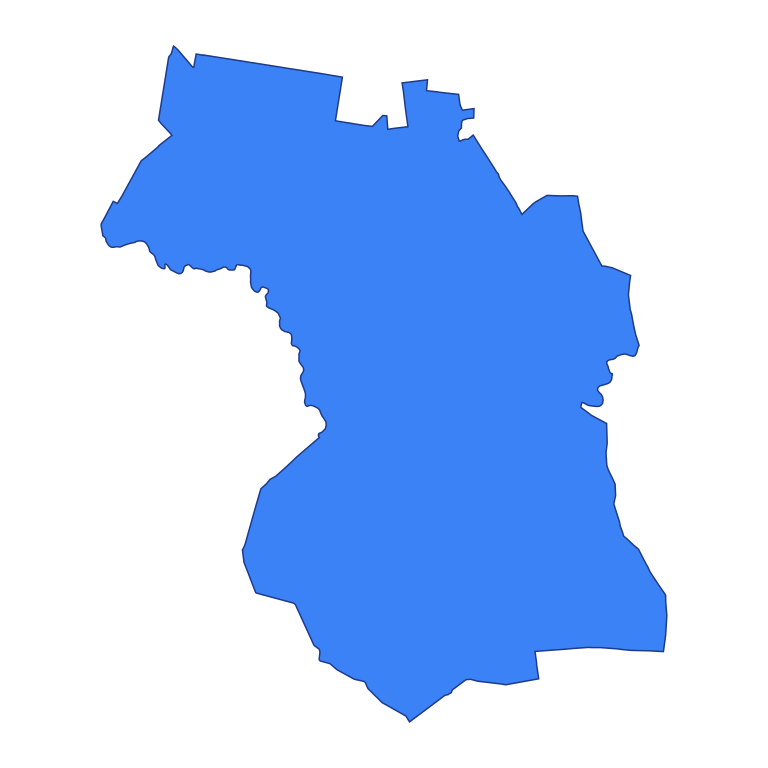 the district of Neretas pag., Neretas, Latvia
{"feature_id": "27541924B20446545182610", "entity_name": "Neretas pag.", "entity_type": "district", "adm_level": 2, "iso_a3": "LVA", "parent_name": "Latvia", "parent_adm1": "Neretas", "projection": "albers", "projection_center": [25.295, 56.219], "detail": "fine", "context": "isolated", "style": "filled", "palette": "blue", "viewbox_px": 768, "rotation_deg": 0, "n_neighbors": 0, "source": "geoboundaries", "source_scale": "gbopen_adm2", "svg_char_len": 6111}
<svg xmlns="http://www.w3.org/2000/svg" viewBox="0 0 768 768"><path d="M639.1,345.5L635.6,334.4L633.5,324.7L631.6,314.3L630.2,309.4L628.4,294.8L629.7,281.5L630.6,275.5L612.3,267.8L605.7,266.3L601.8,265.9L583.1,231.2L581.9,223.0L580.8,213.7L578.7,203.5L577.5,196.2L572.5,195.7L560.8,195.9L547.0,195.4L535.8,201.8L533.2,203.7L521.9,214.4L518.6,208.0L517.7,206.9L515.8,202.5L511.8,196.3L511.4,195.4L510.2,194.0L509.9,193.0L505.0,185.8L500.4,179.5L499.1,176.7L498.3,173.9L496.2,171.6L495.9,170.8L485.8,154.9L481.9,149.0L473.2,135.1L468.1,139.2L467.1,139.3L465.4,139.2L462.7,139.8L461.7,140.6L459.3,141.2L457.8,136.6L457.8,135.7L458.7,131.1L458.9,130.7L461.4,128.1L461.5,123.1L462.3,120.5L462.6,120.2L467.4,118.6L473.7,118.0L474.0,108.6L463.0,110.1L462.5,110.1L462.2,109.8L460.5,106.0L459.9,103.8L458.6,94.4L438.1,92.1L437.9,91.9L426.5,90.7L427.5,79.8L402.1,82.9L403.4,91.2L405.3,107.7L407.9,126.7L393.7,128.4L387.8,129.3L387.2,121.6L386.8,115.9L382.8,115.5L372.4,126.4L364.5,125.5L335.4,120.8L342.4,77.2L324.9,74.2L203.5,55.0L203.6,55.3L196.2,54.0L194.7,61.7L193.8,67.2L192.7,67.2L178.2,50.2L175.4,47.5L173.5,46.1L172.1,51.0L171.1,54.1L168.7,57.0L158.5,120.2L161.1,123.5L170.6,133.6L171.9,135.4L158.9,145.6L158.9,146.0L155.9,148.7L145.6,157.4L141.2,160.8L122.3,195.4L117.4,203.4L113.2,201.4L104.9,217.2L101.2,223.9L101.2,226.2L102.0,230.8L102.6,234.0L102.7,235.3L103.1,236.0L104.1,236.7L105.6,238.1L105.8,238.9L106.1,241.2L107.7,243.9L109.2,245.8L110.7,246.9L111.8,247.2L113.2,247.3L116.6,246.7L118.5,246.9L120.1,247.0L126.6,244.4L130.9,243.2L134.8,242.4L135.9,241.7L138.2,241.0L140.8,240.9L142.3,241.1L144.7,241.9L146.1,243.3L146.9,244.3L148.6,247.3L149.1,248.4L149.5,250.5L149.8,251.3L150.2,252.0L152.2,253.6L153.2,254.2L153.8,254.8L154.4,255.6L155.0,256.9L155.7,259.3L157.8,264.7L158.2,265.5L160.8,267.7L162.4,268.4L164.1,268.8L164.6,268.5L165.0,267.8L165.0,266.4L164.8,264.9L165.2,264.2L165.9,264.1L166.7,264.5L167.3,265.1L169.3,267.8L170.4,269.4L170.8,269.8L175.5,272.3L178.7,273.7L179.6,273.7L181.2,273.3L182.2,272.4L182.8,271.6L183.2,270.8L184.1,267.2L184.4,266.7L185.0,266.1L185.8,265.6L187.8,264.7L188.5,264.6L189.3,264.9L192.3,267.7L193.6,268.6L194.4,268.8L195.0,268.7L196.0,268.1L196.9,268.2L197.0,268.5L200.9,269.0L202.8,269.7L203.6,269.8L204.6,270.6L206.5,271.3L208.5,271.9L210.4,272.1L215.1,271.0L216.3,270.0L221.0,268.5L222.8,267.3L224.6,267.0L225.2,267.0L226.4,267.5L226.8,267.8L228.1,269.4L228.9,269.8L230.0,270.0L233.7,270.0L234.5,269.6L234.9,269.0L236.3,265.6L236.9,264.8L237.8,264.6L240.1,265.2L241.9,265.1L247.5,266.5L249.9,268.7L250.3,269.2L250.8,270.6L250.9,271.5L250.5,275.8L250.7,279.6L250.5,282.1L251.1,285.1L251.3,286.4L251.5,287.3L252.3,288.5L254.4,291.0L256.0,291.9L256.7,292.1L258.2,292.1L258.6,291.8L260.0,290.1L260.9,288.0L261.6,287.4L262.5,287.0L263.1,287.0L267.0,288.4L267.6,288.8L268.3,289.5L268.4,289.9L268.4,290.6L268.3,291.8L267.9,293.3L266.8,294.2L265.7,295.4L265.4,296.6L265.4,297.0L266.8,301.9L266.9,302.6L266.8,303.2L266.5,305.1L266.6,306.2L267.3,306.9L268.7,307.8L273.2,309.7L274.6,310.5L277.6,312.7L278.1,313.2L280.1,317.3L280.4,318.0L280.2,319.0L279.8,320.3L279.5,321.9L279.7,323.4L279.5,325.7L280.5,328.1L281.6,329.6L282.6,330.3L284.8,331.5L289.1,332.5L291.0,334.0L291.3,334.5L291.8,337.6L291.8,339.8L291.4,342.6L291.4,343.5L291.9,344.8L292.9,345.7L295.3,346.2L296.7,346.9L299.0,348.7L300.0,350.5L300.2,351.1L299.1,353.4L298.9,354.9L299.1,356.1L298.9,360.6L299.2,361.6L300.5,363.8L303.0,367.1L303.5,368.5L303.6,369.1L303.6,370.4L303.3,371.7L301.6,374.4L300.8,376.0L300.6,377.3L300.5,379.1L301.3,381.9L303.8,388.5L305.2,392.7L305.4,393.8L305.5,395.4L305.4,397.7L304.8,400.0L304.6,401.5L304.7,402.7L305.5,405.0L306.3,405.9L306.8,406.3L307.4,406.3L309.2,405.6L310.1,405.4L311.2,405.4L312.6,405.6L316.9,407.6L318.2,408.5L319.3,409.8L319.8,410.5L321.1,414.0L322.6,416.8L323.8,418.3L325.1,420.6L325.7,421.0L326.1,423.3L326.1,424.1L326.3,425.6L325.9,426.1L325.7,427.6L325.0,429.2L321.9,432.2L319.9,433.2L319.4,433.7L319.2,433.4L318.6,434.0L318.4,435.2L318.6,436.5L319.3,437.5L296.5,457.1L292.2,461.3L286.2,466.9L275.7,476.3L270.1,479.3L266.4,483.8L260.9,488.7L255.4,507.6L246.4,539.6L246.2,540.5L244.8,545.1L242.7,549.7L242.4,549.8L244.0,562.3L255.4,591.9L255.9,592.8L257.1,593.3L293.2,603.0L294.2,603.5L295.4,604.6L313.7,644.7L314.4,645.7L319.0,649.0L319.4,649.7L319.9,651.8L319.9,652.5L319.2,658.7L319.2,659.4L319.4,660.1L319.9,660.7L320.6,661.1L329.9,663.6L336.4,669.2L337.6,670.1L354.2,679.2L363.9,681.4L365.1,682.2L365.7,683.3L367.5,687.6L368.2,688.8L382.1,702.6L405.8,716.0L406.1,716.3L409.5,721.9L444.8,695.4L447.1,694.8L448.0,694.7L448.9,693.9L451.2,692.7L451.5,692.2L452.1,690.2L452.6,689.7L465.8,679.8L466.4,679.6L470.6,679.3L477.6,681.2L502.1,684.1L505.5,684.8L538.7,678.8L536.6,664.6L536.6,662.9L535.0,651.4L565.3,649.2L572.8,648.5L588.3,647.4L592.5,647.6L600.5,647.6L617.5,648.9L622.7,649.6L631.5,650.4L649.4,650.8L663.4,651.6L665.2,638.7L665.3,637.1L665.6,635.5L666.6,619.7L666.8,615.3L665.7,601.6L665.6,595.2L664.3,593.1L657.8,583.7L650.1,572.0L647.8,566.9L646.3,564.4L641.3,554.8L638.5,549.2L633.8,545.3L626.6,538.5L623.7,536.2L622.5,532.2L620.2,526.0L619.5,521.9L613.8,504.0L615.6,495.4L615.1,484.1L612.3,478.0L609.9,473.2L608.1,469.3L606.9,465.6L606.7,463.6L606.0,452.6L607.2,443.2L606.6,423.5L591.4,415.3L581.1,407.5L580.8,406.4L581.7,403.4L581.9,402.5L583.5,402.7L584.7,403.6L585.6,403.8L586.6,404.6L588.0,405.2L590.1,405.7L595.5,406.4L598.4,406.4L599.6,406.1L601.0,405.2L602.3,403.8L602.7,402.9L603.1,400.1L602.7,397.5L602.3,396.4L601.4,394.6L599.0,392.3L597.7,390.4L597.5,389.1L597.7,388.6L598.0,387.8L599.0,386.5L599.6,386.0L606.8,383.9L608.7,383.1L610.0,382.1L610.7,381.1L611.5,379.7L611.9,377.7L611.8,376.4L612.2,375.6L612.3,374.9L612.4,374.1L612.2,373.7L610.9,373.3L610.0,372.5L608.6,368.7L608.2,366.9L606.8,363.7L606.7,362.8L607.0,361.7L607.5,360.9L608.2,360.4L610.1,359.7L611.1,359.5L612.7,359.4L613.8,359.0L615.0,358.4L617.0,356.3L617.8,355.8L622.0,354.4L624.4,354.0L625.9,354.2L628.8,355.1L630.3,355.7L633.4,356.2L634.2,356.0L635.2,355.4L636.5,353.1L638.0,347.5L638.5,346.4L639.1,345.5Z" fill="#3b82f6" stroke="#1e3a8a" stroke-width="1.5"/></svg>